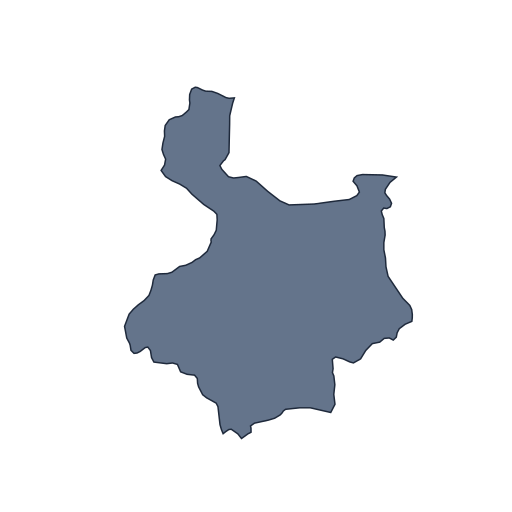 the Province of Konya, rotated 225°
{"feature_id": "TUR-3011", "entity_name": "Konya", "entity_type": "Province", "adm_level": 1, "iso_a3": "TUR", "parent_name": "Turkey", "parent_adm1": "", "projection": "robinson", "projection_center": [32.808, 37.948], "detail": "fine", "context": "isolated", "style": "filled", "palette": "slate", "viewbox_px": 512, "rotation_deg": 225, "n_neighbors": 0, "source": "natural_earth", "source_scale": "10m", "svg_char_len": 2422}
<svg xmlns="http://www.w3.org/2000/svg" viewBox="0 0 512 512"><g transform="rotate(225 256 256)"><path d="M277.7,100.9L282.0,104.0L283.8,104.9L289.4,106.6L299.2,113.3L304.6,125.2L305.1,131.7L304.7,138.3L303.6,145.4L303.8,152.4L306.0,157.4L308.6,162.1L311.7,166.4L313.9,171.3L312.0,174.7L306.2,180.9L304.0,185.0L302.6,194.6L299.1,199.8L296.7,206.2L296.1,210.7L294.5,214.8L293.8,224.8L297.5,234.2L298.8,235.1L299.9,236.4L300.7,241.4L302.3,246.1L309.0,254.1L313.1,257.8L317.5,257.9L329.4,255.5L345.0,254.4L353.0,254.8L360.8,252.9L368.6,249.9L376.1,248.2L383.6,249.4L385.0,255.7L388.4,260.6L393.2,262.4L397.8,264.8L401.7,270.1L405.2,276.0L409.2,279.7L412.5,284.1L413.7,291.0L411.3,297.3L409.1,299.9L407.5,303.1L407.0,308.6L407.0,312.1L410.9,317.4L413.4,319.3L417.1,323.3L419.5,328.5L418.3,332.4L416.5,333.7L411.2,335.5L408.1,337.0L403.6,341.2L398.0,343.9L389.2,346.8L386.5,348.5L383.1,352.5L380.6,347.6L373.8,336.6L367.8,330.5L359.7,322.0L348.2,310.0L346.0,302.2L346.3,300.4L345.5,294.4L341.4,293.1L331.5,292.6L327.0,295.3L324.0,299.0L319.1,305.4L308.8,309.1L293.3,310.0L278.1,311.9L268.7,315.5L263.5,321.1L251.6,333.9L239.5,349.9L230.0,361.9L227.4,370.0L228.1,374.3L234.2,377.0L240.2,377.5L241.7,380.7L241.4,384.3L238.3,388.9L223.9,402.7L212.5,411.1L213.3,402.8L211.7,394.7L209.6,391.8L206.4,391.1L201.7,390.7L197.4,389.1L195.8,385.8L197.0,382.1L199.6,380.2L199.2,376.4L196.0,374.5L192.1,372.9L185.4,366.8L182.3,364.7L179.5,362.1L175.1,355.9L170.0,350.8L163.0,346.1L156.5,340.3L148.2,335.0L122.4,329.9L112.3,329.8L108.0,328.2L104.0,325.1L101.7,322.7L99.6,320.0L102.3,313.2L103.3,305.9L101.9,301.5L99.4,297.8L99.5,293.6L103.8,292.3L107.1,288.4L107.6,282.6L111.8,276.3L111.6,266.8L109.3,257.2L111.5,249.3L114.8,247.4L121.8,244.8L128.3,240.9L129.0,236.9L121.8,230.8L119.5,227.6L116.1,226.2L109.2,220.7L103.1,213.1L95.3,207.0L92.5,198.2L110.2,187.1L117.9,179.4L126.7,168.5L127.1,165.8L126.6,163.4L126.5,160.9L128.1,154.5L131.2,148.7L138.9,136.7L139.7,131.9L137.9,130.8L134.9,127.9L135.3,126.4L135.9,124.8L137.2,116.7L143.1,117.4L151.0,116.0L152.5,114.1L153.2,110.6L153.6,107.1L157.9,108.9L162.2,111.3L176.4,122.6L180.1,123.8L190.6,120.8L195.6,120.2L204.1,122.9L207.3,124.7L210.9,127.9L215.2,128.3L221.1,123.6L227.4,120.8L234.9,123.8L239.4,121.3L243.0,116.7L253.2,108.8L258.0,110.3L263.8,114.5L268.1,115.1L269.6,112.9L270.4,106.6L271.5,103.3L273.4,100.9L277.7,100.9Z" fill="#64748b" stroke="#1e293b" stroke-width="1.5"/></g></svg>